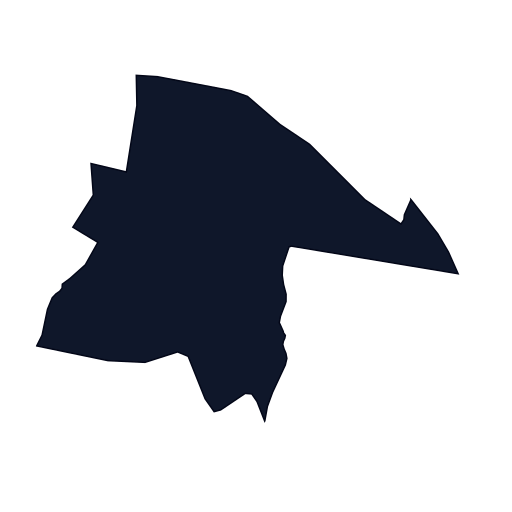 South Cotabato, Natural Earth projection, rotated 189°
{"feature_id": "PHL-2599", "entity_name": "South Cotabato", "entity_type": "Province", "adm_level": 1, "iso_a3": "PHL", "parent_name": "Philippines", "parent_adm1": "", "projection": "natural_earth1", "projection_center": [124.747, 6.32], "detail": "fine", "context": "isolated", "style": "filled", "palette": "ink", "viewbox_px": 512, "rotation_deg": 189, "n_neighbors": 0, "source": "natural_earth", "source_scale": "10m", "svg_char_len": 990}
<svg xmlns="http://www.w3.org/2000/svg" viewBox="0 0 512 512"><g transform="rotate(189 256 256)"><path d="M221.6,94.3L232.2,112.4L238.6,119.1L245.2,118.6L266.9,98.4L267.0,98.4L273.0,95.7L283.9,107.0L307.3,146.3L318.4,149.0L349.0,133.6L385.9,129.5L458.5,132.9L458.5,133.0L454.9,144.3L453.6,170.8L450.7,182.9L447.5,187.5L444.4,190.4L442.5,193.8L442.9,197.9L436.1,204.8L423.2,220.6L414.3,244.7L441.4,255.8L426.2,290.7L433.4,321.5L397.2,318.7L397.2,386.0L402.5,415.7L381.5,417.7L306.6,415.4L289.4,412.3L253.0,389.7L220.6,374.7L157.2,328.6L117.8,310.3L115.6,315.0L115.9,319.9L111.8,335.6L111.9,336.0L111.5,335.7L79.9,306.3L66.5,290.0L53.6,270.1L222.5,271.3L224.8,270.2L228.1,250.4L227.1,241.1L224.3,232.1L220.3,223.0L219.2,215.7L222.4,200.4L222.6,193.7L221.6,192.4L217.3,185.8L216.9,184.5L214.6,182.2L214.7,179.3L215.6,176.1L215.7,172.7L213.7,168.5L211.2,164.5L209.5,159.7L210.0,152.9L218.3,124.0L221.2,109.2L221.5,94.6L221.6,94.3Z" fill="#0f172a" stroke="#020617" stroke-width="1.5"/></g></svg>